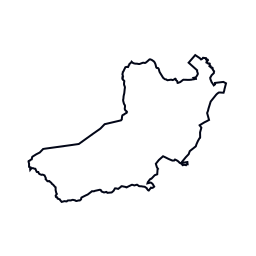 the district of Līdumnieku pag., Ciblas, Latvia, rotated 261°
{"feature_id": "27541924B2315462302714", "entity_name": "Līdumnieku pag.", "entity_type": "district", "adm_level": 2, "iso_a3": "LVA", "parent_name": "Latvia", "parent_adm1": "Ciblas", "projection": "orthographic", "projection_center": [28.057, 56.586], "detail": "fine", "context": "isolated", "style": "outline", "palette": "ink", "viewbox_px": 256, "rotation_deg": 261, "n_neighbors": 0, "source": "geoboundaries", "source_scale": "gbopen_adm2", "svg_char_len": 5686}
<svg xmlns="http://www.w3.org/2000/svg" viewBox="0 0 256 256"><g transform="rotate(261 128 128)"><path d="M69.4,108.8L71.3,112.3L71.5,112.4L71.5,112.8L70.0,116.8L69.8,116.8L69.6,117.1L69.6,117.5L69.8,117.9L71.1,122.2L71.3,122.6L71.2,123.4L70.7,124.5L70.3,125.2L70.3,125.5L70.5,127.0L70.5,127.3L70.6,127.9L70.6,128.0L69.7,129.0L69.3,129.4L69.0,129.6L68.9,129.8L68.7,130.2L68.4,131.9L67.8,133.6L67.4,135.1L67.2,135.5L66.5,136.1L65.8,137.0L64.6,137.4L63.4,138.1L63.2,138.4L63.2,138.7L63.1,138.8L65.5,141.4L65.0,142.2L65.3,143.6L66.0,144.7L68.6,143.7L69.6,143.0L70.6,141.9L70.3,138.6L71.4,139.1L73.6,141.4L73.9,141.7L74.3,142.7L74.2,143.1L77.2,147.0L77.7,149.6L82.8,150.8L83.0,151.2L84.7,150.4L88.3,149.9L91.6,153.5L94.6,158.2L93.4,160.0L91.1,163.2L88.9,166.7L88.8,167.4L88.7,168.6L89.5,169.5L88.4,171.1L87.4,172.2L86.1,173.2L85.6,173.5L84.7,174.7L84.3,175.3L82.7,176.2L82.7,176.5L83.0,176.9L82.7,178.2L82.2,179.5L82.9,180.1L82.8,181.2L85.1,181.3L85.1,176.7L85.7,175.6L85.8,175.7L90.1,180.5L92.6,183.8L95.5,185.4L99.3,192.1L101.1,193.0L104.2,195.0L106.7,197.0L107.0,197.6L107.5,197.8L112.4,198.5L116.8,200.5L119.1,199.4L119.4,199.1L119.5,199.1L121.7,204.5L122.5,207.1L123.3,209.3L130.4,208.5L132.5,209.7L134.5,210.5L141.2,213.8L147.2,220.4L147.9,221.4L148.8,223.1L148.7,224.4L148.6,224.7L147.9,227.9L148.1,228.0L149.9,228.9L151.1,229.3L156.8,231.8L158.6,229.4L158.9,221.0L157.5,220.8L156.7,219.4L159.0,218.4L160.1,217.8L160.8,217.6L163.6,217.0L164.9,217.1L165.4,217.6L167.1,218.9L168.3,220.7L169.0,221.5L170.2,221.6L170.6,221.9L172.1,221.0L172.5,221.0L173.2,220.6L173.4,220.7L173.9,221.0L174.2,220.8L174.3,220.7L174.4,220.3L174.2,220.1L174.3,220.0L174.4,219.9L174.9,220.0L175.1,219.7L174.9,219.3L175.1,219.1L175.4,219.0L175.7,218.7L175.9,218.6L176.3,218.1L176.5,218.2L176.4,219.0L176.6,219.1L177.2,218.6L177.6,218.5L177.8,218.5L178.1,218.7L178.4,218.8L178.8,218.8L179.0,218.5L178.8,217.9L179.5,216.7L180.0,216.7L180.5,215.7L180.8,215.8L181.1,216.1L181.3,216.4L181.3,216.6L181.8,216.6L182.0,216.7L182.3,217.2L182.4,217.5L182.5,217.6L183.0,217.5L183.1,217.4L183.1,217.1L183.0,216.8L183.0,216.6L182.9,216.4L183.0,216.2L183.4,215.8L184.0,215.9L184.1,216.1L184.3,216.2L184.7,216.1L184.8,216.0L184.9,215.7L184.8,215.4L185.1,214.9L185.1,214.4L185.3,214.2L185.4,213.6L185.6,213.3L185.6,213.0L185.2,212.7L184.8,212.3L184.3,211.0L184.3,210.8L185.6,210.0L189.5,205.8L183.0,198.1L174.2,205.3L173.2,205.1L170.9,205.5L170.5,205.4L170.0,205.2L169.1,204.4L168.4,203.9L167.6,203.0L167.4,202.4L167.3,200.7L167.0,200.9L166.5,202.2L166.5,202.4L166.3,202.7L166.2,202.8L165.9,202.8L166.0,202.2L165.8,200.7L165.9,199.2L165.8,198.4L165.9,196.7L166.0,195.6L166.1,195.3L166.4,193.4L166.6,192.8L166.6,192.2L166.9,190.9L167.0,190.2L166.9,189.9L166.6,189.3L165.2,186.8L164.9,185.2L164.7,184.2L164.8,184.0L166.6,183.9L166.9,183.7L167.7,182.9L168.7,182.8L169.1,182.7L169.3,182.5L169.3,182.2L169.2,182.0L168.5,180.6L168.4,179.6L168.4,179.3L168.8,178.6L169.0,178.1L169.0,174.5L169.3,174.0L169.9,173.5L170.0,173.3L170.2,172.6L170.5,172.0L171.9,170.7L172.2,170.5L178.0,168.1L178.7,167.9L181.4,167.6L182.0,167.4L182.5,167.0L182.7,166.6L182.7,166.2L182.8,165.9L183.2,165.5L183.4,165.4L186.7,165.1L188.6,164.6L189.8,163.9L191.6,162.0L192.2,160.9L192.4,160.5L192.4,160.2L192.3,159.8L192.0,159.4L190.6,157.2L189.7,155.6L189.6,155.2L189.6,154.8L190.0,153.7L190.1,152.8L189.4,149.3L189.5,148.7L190.1,147.0L190.3,145.7L190.8,144.2L191.6,142.9L192.9,141.9L192.6,141.7L192.0,141.1L191.1,139.5L190.3,139.2L189.8,138.5L189.4,138.3L188.7,138.0L188.2,137.6L188.6,135.9L188.5,135.4L188.4,134.9L185.1,132.6L184.7,132.4L184.0,131.6L183.6,131.6L182.5,131.1L182.2,131.1L182.0,130.9L181.5,130.9L181.2,131.0L180.4,131.1L179.8,130.9L179.3,131.1L178.9,130.8L178.5,130.6L178.4,130.4L178.5,130.3L178.2,130.2L177.9,130.4L177.7,130.2L177.3,130.2L177.2,130.4L176.8,130.6L176.2,130.7L175.8,131.2L174.9,131.7L173.3,131.2L171.7,130.9L170.6,131.0L169.6,131.3L168.4,131.3L166.9,130.8L163.8,130.0L162.5,129.6L161.4,129.1L159.7,128.5L158.3,128.2L157.0,127.8L156.7,127.6L155.5,127.5L152.5,127.8L151.6,128.2L150.8,128.5L149.6,128.4L147.6,127.8L146.9,127.8L146.0,128.1L145.6,128.4L144.4,129.4L144.0,129.5L143.5,128.8L143.1,128.8L142.3,126.6L141.9,126.1L141.9,125.9L141.8,125.4L141.4,124.5L140.7,124.1L138.4,123.4L137.4,123.2L137.1,122.7L136.7,122.4L136.6,121.7L135.4,105.5L131.7,100.6L127.7,92.4L119.9,76.9L120.0,70.1L120.6,41.0L117.6,37.0L116.4,33.3L114.6,29.1L114.3,28.8L112.1,28.0L111.8,26.7L111.1,25.8L111.0,24.9L110.8,24.6L110.4,24.5L108.2,24.7L105.1,24.2L105.0,24.3L104.4,25.5L102.8,24.9L102.1,24.9L102.2,25.0L103.2,26.3L103.4,26.9L103.1,28.1L102.3,29.5L102.2,30.1L101.8,30.2L99.2,30.9L98.9,31.0L98.8,31.3L98.7,31.8L98.6,32.5L98.4,32.6L97.3,32.8L96.8,33.0L96.3,33.5L95.3,35.2L95.3,36.4L94.3,38.1L91.3,39.0L90.5,38.6L88.1,40.1L87.8,40.8L88.0,41.5L87.9,41.8L87.9,42.0L86.6,42.9L86.2,43.4L85.9,43.7L84.9,44.0L83.7,45.2L81.1,46.8L80.8,47.2L80.5,47.2L78.0,46.8L75.0,47.0L74.3,47.3L74.0,47.4L73.6,47.1L72.6,46.0L71.3,46.0L70.9,46.3L70.7,47.1L70.5,47.3L69.3,47.4L69.2,47.5L68.3,49.3L68.1,49.5L67.8,49.5L65.4,50.9L65.4,51.1L65.7,53.8L65.6,54.1L65.2,55.4L65.1,56.0L65.7,56.9L65.8,57.1L65.7,58.5L65.5,59.7L65.4,60.1L65.5,60.8L65.7,61.7L65.6,62.5L64.9,64.3L64.8,64.5L64.4,64.7L64.0,65.5L64.0,66.1L64.2,68.3L64.0,68.8L64.0,69.1L64.8,70.4L65.1,70.6L66.0,70.8L66.6,71.2L68.0,75.6L68.6,77.8L70.6,81.5L71.1,82.3L71.2,82.5L71.0,83.2L71.0,83.7L70.8,84.4L71.1,85.5L71.4,90.6L71.2,91.0L70.6,91.7L69.7,91.8L69.4,92.0L68.1,94.2L68.1,94.3L68.2,96.0L68.3,96.4L68.2,96.8L67.5,97.2L67.2,97.5L67.0,100.3L66.9,101.4L67.0,102.0L68.2,103.9L68.9,104.5L70.2,105.5L70.4,105.7L70.4,105.9L70.1,107.1L69.6,108.3L69.5,108.5L69.4,108.8Z" fill="none" stroke="#020617" stroke-width="2"/></g></svg>